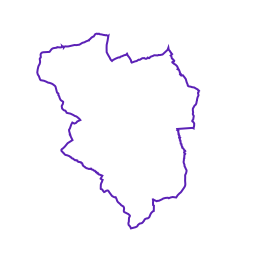 Agnita, Sibiu, Romania (orthographic projection), rotated 168°
{"feature_id": "2599482B25260320092709", "entity_name": "Agnita", "entity_type": "district", "adm_level": 2, "iso_a3": "ROU", "parent_name": "Romania", "parent_adm1": "Sibiu", "projection": "orthographic", "projection_center": [24.621, 46.003], "detail": "fine", "context": "isolated", "style": "outline", "palette": "violet", "viewbox_px": 256, "rotation_deg": 168, "n_neighbors": 0, "source": "geoboundaries", "source_scale": "gbopen_adm2", "svg_char_len": 5801}
<svg xmlns="http://www.w3.org/2000/svg" viewBox="0 0 256 256"><g transform="rotate(168 128 128)"><path d="M198.2,218.1L198.4,216.8L198.5,215.8L198.7,215.1L199.7,214.4L200.0,213.9L200.1,211.8L200.3,210.7L201.1,209.0L202.5,207.4L203.0,206.6L204.2,204.0L205.2,201.2L205.1,199.0L204.4,197.3L203.9,193.7L203.4,192.9L200.4,191.7L198.6,190.5L196.6,188.9L195.6,188.6L193.6,187.4L192.6,186.6L190.7,184.4L190.3,183.4L190.1,178.3L190.0,177.3L189.3,176.7L188.9,175.9L188.9,175.7L189.3,174.9L189.3,174.6L189.0,174.1L188.7,173.2L188.7,172.3L188.4,170.5L187.9,169.1L186.0,167.2L186.1,166.5L186.9,164.8L188.0,163.7L188.3,163.1L188.4,160.7L187.2,158.9L186.6,158.4L185.7,158.0L185.2,157.0L184.9,155.7L184.5,155.4L181.3,154.0L178.7,152.0L177.6,150.9L176.2,150.1L175.2,149.1L174.6,148.2L173.8,147.3L173.0,145.7L176.4,144.9L176.6,144.6L177.8,143.8L178.9,143.6L179.6,143.5L181.3,144.9L182.7,143.3L184.9,139.7L186.1,138.4L186.2,136.6L185.9,133.6L186.1,133.6L185.9,133.0L186.1,132.9L185.9,132.4L185.9,132.1L184.8,127.7L190.2,125.7L193.7,122.9L195.8,121.6L197.2,121.0L197.8,120.3L197.7,119.0L197.2,118.5L196.4,117.0L195.9,116.5L195.6,115.6L194.8,114.7L192.9,113.8L191.0,112.5L190.6,111.8L190.1,111.5L189.6,111.0L189.6,110.6L189.0,109.9L188.0,109.4L187.7,108.7L186.8,108.0L186.6,107.6L186.3,107.6L185.7,107.2L185.4,107.3L184.8,107.1L184.4,106.8L184.5,106.4L184.2,105.7L183.8,105.6L183.4,105.1L182.5,104.9L182.0,104.5L181.3,104.4L181.1,103.7L180.5,103.4L180.1,102.9L180.2,102.3L180.0,101.9L180.0,101.1L179.7,100.8L179.6,100.1L178.2,98.8L178.1,98.4L177.1,97.5L177.0,97.3L176.2,97.0L174.9,96.1L173.1,95.7L173.0,96.0L172.6,95.9L172.7,95.5L171.8,94.8L171.1,94.6L170.3,93.5L169.4,93.1L169.4,92.9L168.6,92.1L168.7,91.8L168.6,91.5L168.1,91.5L167.8,90.7L167.2,90.5L167.4,90.2L167.3,89.9L167.0,89.9L166.3,88.7L165.5,88.5L165.0,87.9L164.3,87.6L163.0,86.7L165.3,84.1L164.3,83.0L163.6,82.5L165.1,80.2L165.6,79.7L166.4,78.1L167.3,74.3L167.3,74.0L166.1,73.3L165.8,72.7L165.4,71.5L165.2,71.3L164.7,70.3L164.0,70.4L162.4,71.1L161.2,71.2L160.4,70.8L159.9,69.8L159.8,69.3L157.8,64.9L157.1,64.2L155.7,63.1L155.2,62.9L154.5,62.9L154.0,61.1L153.8,59.2L153.3,57.7L151.2,54.9L150.9,54.2L150.4,53.6L148.8,52.2L148.5,50.9L148.6,49.9L149.3,48.0L149.4,47.6L149.3,47.0L149.2,46.6L145.5,43.7L144.4,42.0L144.5,41.4L145.7,39.9L146.7,36.1L147.3,35.1L147.5,34.3L147.5,33.0L146.4,31.2L146.0,29.2L141.2,29.4L139.7,29.8L139.0,30.3L138.5,31.0L136.9,31.9L136.4,32.1L135.4,32.0L133.9,32.2L133.1,32.7L132.0,33.7L131.6,33.9L131.2,34.5L130.6,35.2L128.8,35.7L127.5,35.5L125.9,36.2L125.3,36.9L124.0,38.9L122.8,40.2L120.8,41.4L120.1,41.4L120.0,41.6L118.8,46.7L119.5,47.4L119.0,50.1L118.6,51.2L118.5,53.0L118.3,53.0L117.4,52.1L115.1,50.4L114.3,50.6L112.9,50.4L109.5,51.2L108.2,51.7L105.8,51.8L103.5,51.5L103.2,51.3L102.7,50.8L100.8,51.2L98.6,51.2L95.3,50.0L93.4,51.9L91.0,53.5L90.2,53.8L89.1,54.6L85.2,58.3L84.1,59.7L83.6,61.1L83.1,64.6L82.4,67.5L81.9,70.0L80.5,71.9L79.6,73.9L79.6,74.9L80.0,76.2L80.3,77.9L80.6,78.6L80.6,79.2L80.4,80.4L80.7,82.3L80.7,83.2L79.9,85.3L79.8,86.1L79.1,86.9L79.2,87.5L78.8,88.3L78.8,88.9L78.5,89.5L78.4,90.0L78.2,90.4L77.8,90.4L77.5,90.7L77.7,90.9L77.6,91.4L78.2,92.1L78.2,92.6L77.5,93.4L76.8,93.6L76.9,94.0L77.6,94.6L78.0,96.1L78.4,96.8L79.1,97.5L78.8,98.5L79.1,98.9L79.3,100.2L79.1,100.5L79.0,101.0L79.7,101.8L79.4,103.4L79.6,104.0L79.4,104.4L79.3,104.9L79.8,105.5L79.4,107.0L79.5,107.4L80.0,107.7L80.0,108.0L79.3,108.1L79.5,108.4L79.6,108.9L79.3,109.3L79.3,109.7L79.5,109.8L79.8,110.7L79.5,111.3L79.9,111.6L79.7,112.5L79.7,113.0L79.5,113.4L79.7,113.9L79.6,114.5L79.3,114.9L80.3,115.8L79.9,116.2L80.0,116.8L64.9,114.7L63.9,114.0L63.8,114.5L63.3,115.4L62.8,116.6L62.3,118.7L62.9,120.3L63.7,121.2L63.5,122.0L62.5,122.7L61.2,126.0L61.2,126.3L61.6,127.4L61.7,128.0L61.5,128.8L61.1,129.5L60.9,131.9L60.6,133.2L60.4,133.6L58.2,136.1L57.0,136.7L56.3,137.5L55.9,138.2L55.2,140.0L54.8,140.5L54.6,141.4L53.6,143.5L52.3,145.2L52.2,146.0L52.3,147.5L52.2,147.9L51.6,148.3L51.6,148.6L51.2,149.4L50.8,149.6L51.0,150.0L51.5,150.2L51.8,151.2L53.5,152.6L54.7,153.8L57.0,154.7L57.9,155.3L59.9,156.1L60.6,156.8L60.7,157.5L60.6,157.9L61.1,160.6L61.3,163.8L62.2,165.9L63.4,168.2L65.0,168.2L65.6,169.0L65.8,169.4L65.4,169.5L65.6,170.3L65.3,170.3L65.6,171.0L65.8,172.0L65.7,172.1L66.0,174.1L67.3,175.2L66.5,175.9L66.9,176.6L66.9,177.4L67.2,178.3L68.5,180.3L69.2,180.7L71.0,182.9L70.9,183.3L70.2,183.6L69.9,183.4L69.2,183.5L68.8,184.1L69.6,185.7L70.6,186.9L70.7,189.3L71.2,190.0L69.5,191.1L70.3,192.4L70.2,192.7L71.0,194.1L71.0,194.6L71.9,196.0L71.8,198.2L72.8,196.6L72.9,196.3L78.9,192.7L81.6,192.7L83.0,193.1L83.8,192.8L87.2,193.7L88.7,193.3L91.1,193.0L92.7,191.9L93.2,192.0L93.8,192.6L94.1,192.8L95.0,192.1L96.0,191.9L96.8,192.3L97.7,193.1L98.1,193.0L99.4,193.3L102.2,192.3L102.6,192.3L103.4,192.6L104.2,192.3L105.6,191.7L107.4,191.7L110.7,191.2L111.1,192.0L111.0,193.5L112.1,196.8L113.3,199.2L113.4,200.6L113.5,200.9L114.6,200.1L115.1,199.9L116.4,200.0L119.1,199.4L119.9,199.4L120.7,199.2L121.4,198.7L122.8,199.0L125.8,198.4L128.6,197.6L129.7,196.9L130.6,198.2L131.1,199.7L131.2,200.4L132.4,204.0L133.1,206.6L132.3,210.8L131.6,213.7L129.8,217.7L128.0,222.3L128.2,222.2L128.7,222.4L129.7,223.3L130.9,223.4L131.5,223.8L132.1,223.9L134.6,225.1L135.6,225.4L136.3,225.7L136.8,226.3L137.8,226.2L137.9,226.4L139.1,226.8L140.5,226.6L142.6,224.6L143.9,224.5L144.5,224.1L145.1,223.9L146.7,222.8L147.7,222.4L147.9,221.8L148.9,221.8L151.2,221.4L152.7,220.9L154.9,220.8L158.2,219.6L161.2,219.8L163.1,220.3L169.4,220.2L171.5,220.6L172.4,220.9L173.1,220.8L174.0,220.1L173.9,220.6L174.2,220.7L174.2,221.1L175.2,221.4L175.4,221.7L175.4,221.4L175.8,221.3L176.0,220.9L176.7,220.8L178.0,221.0L180.4,221.8L180.9,221.4L184.6,221.6L185.7,221.3L186.5,220.9L188.9,218.8L189.2,218.8L195.1,219.7L196.3,219.7L197.6,219.0L198.2,218.1Z" fill="none" stroke="#5b21b6" stroke-width="2"/></g></svg>